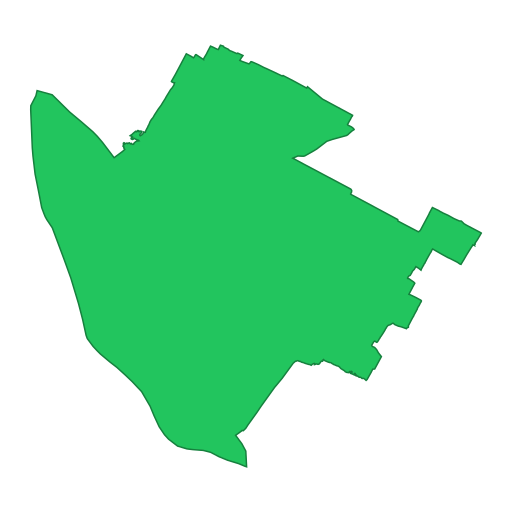 Gogosu, Mehedinti, Romania
{"feature_id": "2599482B64011010556903", "entity_name": "Gogosu", "entity_type": "district", "adm_level": 2, "iso_a3": "ROU", "parent_name": "Romania", "parent_adm1": "Mehedinti", "projection": "orthographic", "projection_center": [22.618, 44.365], "detail": "fine", "context": "isolated", "style": "filled", "palette": "green", "viewbox_px": 512, "rotation_deg": 0, "n_neighbors": 0, "source": "geoboundaries", "source_scale": "gbopen_adm2", "svg_char_len": 5982}
<svg xmlns="http://www.w3.org/2000/svg" viewBox="0 0 512 512"><path d="M407.0,328.9L406.7,328.6L406.6,328.3L407.4,327.7L408.3,327.3L408.5,327.0L408.3,325.9L412.5,317.9L413.8,315.8L414.0,315.1L415.7,312.0L416.0,311.6L416.3,310.8L417.1,309.5L417.7,307.7L419.4,305.0L420.3,303.0L420.8,302.4L421.4,301.1L421.4,300.8L420.9,300.2L415.9,297.5L410.5,294.9L408.9,294.3L412.6,287.3L412.7,286.9L413.2,286.2L414.8,283.2L413.8,282.1L408.9,278.7L408.5,278.6L407.9,278.6L407.6,278.4L407.6,278.0L408.0,277.1L408.8,276.0L410.2,275.4L411.9,272.5L412.4,271.3L414.3,269.3L415.9,266.6L418.7,268.3L421.0,270.2L421.5,268.9L423.0,266.1L423.4,265.7L423.8,264.7L424.2,263.9L424.8,263.3L425.4,261.9L426.1,260.7L426.7,259.4L430.3,253.0L430.8,252.4L432.2,249.5L432.6,249.0L442.8,254.8L447.7,257.5L450.2,258.6L454.3,260.7L457.6,262.4L459.8,264.0L461.0,264.4L461.5,263.5L463.9,259.6L466.6,254.9L471.2,247.5L472.5,245.6L472.9,244.8L474.5,245.6L474.4,245.3L474.5,245.0L475.1,244.3L475.2,243.9L474.9,243.4L477.5,239.6L481.3,233.1L481.0,232.8L466.7,225.3L464.5,224.0L464.2,223.9L461.4,221.1L459.2,220.9L454.0,218.6L448.1,215.3L443.0,213.0L441.6,212.2L439.6,211.2L439.2,210.8L432.4,207.5L429.3,213.2L429.1,213.9L420.3,230.4L419.4,231.2L419.1,231.3L418.4,231.8L398.0,221.1L397.7,219.5L350.9,194.4L350.6,194.0L351.6,192.0L351.7,190.5L351.0,189.3L350.6,189.0L303.0,163.7L292.8,158.2L297.8,156.0L302.5,156.2L303.7,156.2L304.8,155.9L314.0,150.7L316.9,148.9L326.8,141.3L332.4,139.4L346.6,135.5L348.0,134.6L349.1,133.5L352.1,130.9L354.1,129.6L353.6,128.6L352.3,127.5L351.3,126.8L347.9,125.1L347.6,124.8L347.5,124.6L347.7,124.2L349.4,121.0L350.5,119.2L351.1,117.9L351.7,116.8L352.4,116.0L352.6,115.3L322.5,99.1L307.5,86.7L306.7,88.1L294.0,81.2L283.0,75.5L282.2,76.0L266.7,68.7L263.9,67.5L258.5,64.7L252.6,62.1L251.5,61.7L250.9,61.7L250.2,62.7L249.0,63.9L242.3,61.5L239.8,60.4L241.7,57.2L242.1,56.9L243.0,55.5L238.0,53.2L237.6,53.1L237.0,53.6L236.4,53.4L231.2,51.1L230.6,51.0L229.1,50.2L228.9,49.8L228.4,49.3L224.2,47.3L223.8,46.9L223.5,46.2L220.4,45.2L218.4,49.3L218.2,49.6L216.3,48.8L213.1,47.2L210.5,46.1L207.4,52.0L206.5,53.9L204.0,58.0L203.6,59.0L203.6,59.6L196.1,54.6L195.8,54.6L195.5,54.8L194.0,57.3L193.5,57.8L191.1,56.3L186.3,53.8L175.6,74.0L171.4,81.4L171.7,81.8L173.4,82.7L174.5,82.8L174.3,83.2L174.2,84.2L173.8,85.3L172.2,87.8L170.6,89.6L166.2,96.8L165.2,98.7L162.6,102.8L161.1,105.3L158.4,108.9L154.5,114.9L153.0,117.6L151.2,119.7L151.2,119.9L150.1,121.6L148.8,124.9L148.2,125.8L147.7,127.1L146.4,129.5L145.2,132.1L145.3,132.4L145.1,132.5L143.7,132.0L143.6,132.6L142.9,133.8L141.8,134.9L140.9,135.5L140.4,135.8L139.9,135.6L139.7,134.9L139.9,134.2L140.9,133.4L141.9,131.9L142.0,131.5L141.8,131.3L140.0,131.0L139.7,131.4L139.1,131.8L138.0,131.2L138.3,130.6L137.8,130.5L137.2,131.1L136.9,131.6L136.4,131.8L135.9,131.2L135.7,131.2L133.4,133.1L131.7,134.7L130.3,135.5L130.1,135.7L130.8,136.0L131.5,136.0L132.7,137.1L132.2,137.6L131.6,137.5L131.3,138.0L131.4,138.3L131.1,138.4L131.2,138.9L132.3,139.5L133.0,139.3L133.1,139.0L133.6,139.0L133.9,138.5L134.4,138.4L135.4,139.1L138.6,140.3L138.9,140.7L138.5,140.7L138.2,141.0L137.6,141.0L137.6,140.6L137.4,140.5L134.4,142.7L133.9,143.5L133.3,144.0L133.4,144.3L132.4,144.3L132.1,144.3L131.4,143.4L130.3,143.9L129.7,143.0L129.3,142.8L128.1,143.4L127.9,143.5L127.8,143.2L127.3,143.3L126.9,143.1L126.0,143.3L125.0,143.9L124.4,142.9L124.0,142.7L123.4,143.2L123.3,144.1L123.9,144.7L123.5,145.1L123.5,145.4L123.1,145.8L123.0,146.1L123.4,146.2L123.5,145.9L123.7,146.6L124.0,147.2L123.7,147.8L124.8,149.4L122.7,151.3L114.1,157.7L102.5,142.4L97.2,136.2L92.8,131.7L81.0,121.5L69.5,111.9L52.2,94.8L37.1,90.6L35.9,95.8L30.8,105.7L30.7,109.7L32.3,148.0L33.0,156.3L35.1,174.1L38.8,192.5L41.7,207.6L43.9,213.5L45.2,216.7L46.8,219.6L52.3,227.8L64.3,259.9L70.8,277.9L78.5,303.5L82.6,319.3L86.1,335.3L87.3,338.6L93.1,346.4L97.1,350.7L100.5,354.1L109.8,361.9L116.9,367.4L125.8,375.5L132.2,381.6L141.6,391.6L150.1,406.2L154.1,415.8L159.2,426.8L164.5,434.7L168.6,439.2L177.6,446.1L187.0,448.9L192.9,449.6L203.2,450.4L210.6,452.3L219.0,456.7L227.8,460.3L238.6,463.6L244.8,466.2L246.6,466.8L245.8,451.1L241.9,443.8L235.6,435.3L241.7,430.9L241.9,430.5L242.1,430.4L243.1,430.7L243.3,430.7L245.7,428.4L248.1,424.7L256.8,412.6L261.1,406.2L274.5,387.5L282.1,378.4L293.2,363.2L295.5,361.2L296.2,361.2L297.2,360.7L298.0,360.7L299.4,361.4L300.1,361.3L301.4,362.1L304.2,362.9L305.2,363.4L309.0,364.5L310.0,364.6L311.2,365.3L311.5,365.1L312.3,364.2L313.0,363.9L313.6,363.8L313.6,363.6L313.9,363.5L314.5,363.4L314.7,363.6L314.9,363.9L314.7,364.1L314.6,364.6L315.0,364.5L316.2,363.9L317.8,364.3L318.3,364.3L319.3,363.9L321.1,361.4L321.7,361.1L322.1,361.2L322.3,361.1L322.6,361.2L323.1,360.2L323.0,359.9L323.6,359.5L323.9,360.0L324.9,360.7L328.2,362.1L329.9,362.6L331.0,362.7L331.4,363.0L332.4,363.8L333.0,364.0L333.8,364.6L334.6,364.8L336.5,365.7L338.4,366.2L339.6,367.1L340.9,368.6L344.5,370.8L345.2,371.7L346.7,372.4L348.8,372.7L349.3,372.2L349.3,371.8L349.6,371.5L350.0,371.5L350.3,371.7L350.7,371.5L350.9,371.6L351.3,371.6L351.5,371.4L352.1,371.9L352.1,372.1L351.4,372.9L351.0,372.8L350.8,372.4L351.2,372.1L350.5,372.4L350.2,372.7L350.6,373.4L352.6,374.1L353.5,374.6L354.5,375.0L354.3,374.2L354.6,373.4L355.0,373.4L355.3,373.6L355.4,374.1L355.5,374.4L355.7,374.5L356.2,375.0L355.9,375.1L355.7,375.4L355.8,375.7L356.3,375.9L358.1,376.3L358.5,376.9L359.5,377.3L360.2,377.2L361.0,377.5L361.9,378.4L362.5,378.5L363.2,378.3L363.8,378.5L364.6,379.0L366.1,380.4L367.1,379.5L371.0,372.6L372.7,369.2L374.7,369.0L381.4,356.6L378.4,352.8L376.6,349.6L375.7,348.6L374.6,347.4L372.7,346.6L372.0,346.0L371.8,345.7L371.8,345.0L373.7,341.9L374.2,341.4L374.7,341.1L376.6,342.3L376.9,342.3L377.5,341.8L378.6,340.2L378.8,339.5L379.2,339.1L380.2,337.6L380.3,337.1L380.9,336.5L383.2,333.0L385.2,329.7L385.5,328.9L386.2,328.0L386.9,326.7L388.1,325.4L390.5,324.6L390.9,324.3L392.5,323.3L393.2,323.3L393.6,323.4L394.4,324.4L394.8,324.6L398.2,326.1L401.1,326.8L407.0,328.9Z" fill="#22c55e" stroke="#15803d" stroke-width="1.5"/></svg>